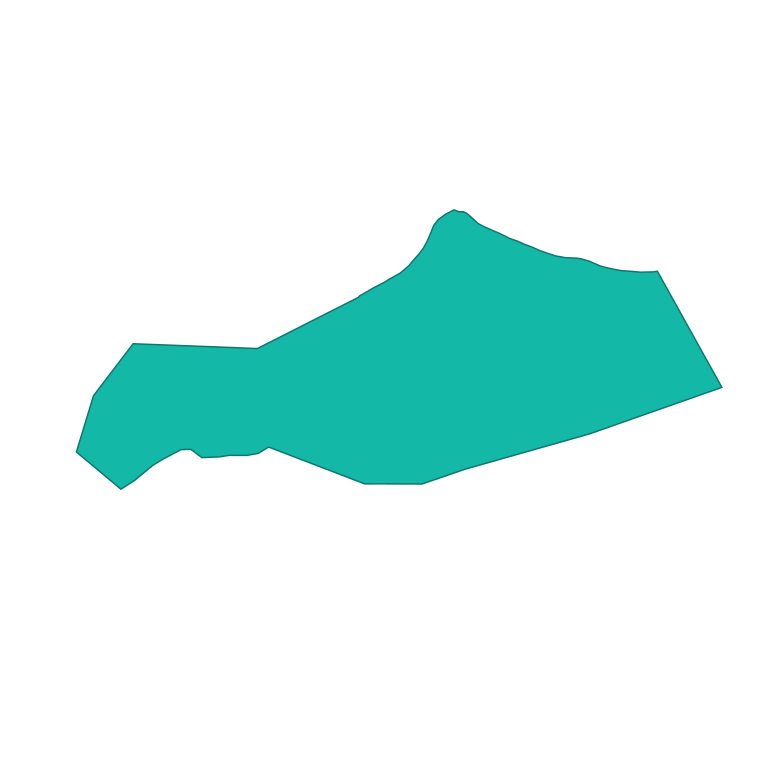 outline of Bishop'S Gap/Ghirawoo Road, Castries, Saint Lucia, rotated 247°
{"feature_id": "8701671B64130059422641", "entity_name": "Bishop'S Gap/Ghirawoo Road", "entity_type": "district", "adm_level": 2, "iso_a3": "LCA", "parent_name": "Saint Lucia", "parent_adm1": "Castries", "projection": "natural_earth1", "projection_center": [-60.984, 14.001], "detail": "fine", "context": "isolated", "style": "filled", "palette": "teal", "viewbox_px": 768, "rotation_deg": 247, "n_neighbors": 0, "source": "geoboundaries", "source_scale": "gbopen_adm2", "svg_char_len": 962}
<svg xmlns="http://www.w3.org/2000/svg" viewBox="0 0 768 768"><g transform="rotate(247 384 384)"><path d="M519.1,168.8L486.7,112.0L441.6,74.3L390.0,100.7L392.5,116.0L399.4,139.2L401.1,150.3L402.9,171.5L399.4,180.6L387.4,187.6L381.3,203.8L378.7,213.9L371.8,230.0L369.3,241.1L371.0,253.2L299.7,327.1L277.1,380.0L273.9,425.3L257.8,553.6L248.9,693.7L381.0,679.7L382.0,675.6L386.7,663.8L391.1,655.6L395.9,646.3L400.4,639.5L405.0,633.2L408.3,629.0L416.6,621.2L422.2,614.4L424.6,610.5L429.3,600.5L435.0,591.8L441.1,584.8L446.8,578.7L451.3,574.6L458.2,567.4L463.7,562.3L468.8,556.6L476.7,549.9L483.1,543.8L489.0,538.2L494.8,533.4L502.1,530.1L508.8,526.8L511.5,524.4L513.3,520.2L516.9,516.5L516.2,506.9L514.1,498.1L510.5,491.7L505.9,487.2L498.3,479.2L493.5,473.1L490.3,467.6L485.6,457.8L483.2,453.1L479.8,442.5L478.3,428.8L477.6,425.2L476.6,411.9L475.3,401.9L474.7,396.2L473.8,394.3L466.1,281.3L519.1,168.8Z" fill="#14b8a6" stroke="#0f766e" stroke-width="1.5"/></g></svg>